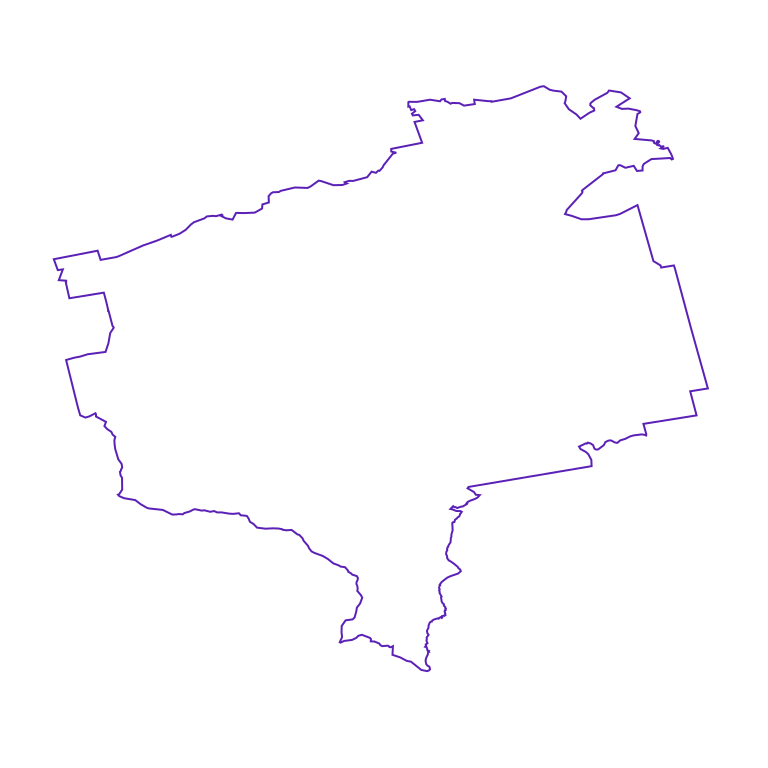 Rendas pag., Kuldigas, Latvia, rotated 177°
{"feature_id": "27541924B10762740243269", "entity_name": "Rendas pag.", "entity_type": "district", "adm_level": 2, "iso_a3": "LVA", "parent_name": "Latvia", "parent_adm1": "Kuldigas", "projection": "robinson", "projection_center": [22.21, 57.075], "detail": "fine", "context": "isolated", "style": "outline", "palette": "violet", "viewbox_px": 768, "rotation_deg": 177, "n_neighbors": 0, "source": "geoboundaries", "source_scale": "gbopen_adm2", "svg_char_len": 6134}
<svg xmlns="http://www.w3.org/2000/svg" viewBox="0 0 768 768"><g transform="rotate(177 384 384)"><path d="M690.8,376.2L689.0,368.6L683.9,366.1L679.9,367.1L673.7,369.9L673.2,368.9L673.3,366.6L663.6,360.7L665.4,356.6L662.8,353.5L658.8,350.5L657.6,347.6L655.1,345.3L656.2,342.1L656.2,337.8L655.8,333.1L653.3,322.7L650.2,317.9L649.8,314.3L651.1,312.3L651.4,311.0L652.3,310.1L651.8,306.3L650.5,304.1L651.0,292.2L654.3,287.7L655.4,287.4L654.4,286.0L649.7,283.6L638.5,281.1L633.3,276.7L627.5,272.9L625.6,272.1L611.4,269.8L602.3,264.7L598.0,264.6L596.1,264.9L591.8,264.4L590.1,265.6L584.8,266.8L581.1,268.5L579.4,268.9L572.6,267.1L570.1,267.3L564.3,265.5L560.2,266.0L557.4,264.5L553.0,264.3L545.7,262.7L541.5,262.2L535.6,262.5L533.9,260.4L528.6,259.6L527.7,259.2L526.2,256.6L525.1,253.4L521.7,251.1L518.3,247.2L509.9,245.7L502.6,245.7L496.9,245.2L493.3,244.3L493.0,243.8L489.1,243.0L483.9,243.1L478.3,238.3L476.5,237.8L474.3,235.2L473.5,234.3L472.5,231.7L468.4,226.4L467.4,223.8L465.1,220.6L462.4,219.0L454.2,215.5L449.2,212.2L444.0,207.5L438.4,205.1L437.1,204.0L432.5,203.1L429.6,199.4L429.6,198.4L426.9,196.7L425.7,195.3L421.2,193.6L420.2,191.5L420.6,189.7L421.8,187.5L422.0,185.9L421.2,183.5L421.0,181.0L421.5,178.8L418.2,174.5L416.9,171.8L419.4,166.0L422.8,162.1L423.6,158.3L425.6,152.4L427.6,150.6L434.7,150.0L438.9,144.6L439.4,138.3L439.1,133.5L441.7,128.4L440.8,128.0L437.3,129.5L429.3,130.1L425.0,131.9L422.8,133.9L419.2,134.7L411.3,131.2L410.4,130.0L410.7,127.7L406.9,127.3L402.2,125.0L401.5,123.6L399.6,122.3L393.9,122.5L392.8,121.9L392.4,121.0L391.0,120.8L388.8,121.7L389.7,113.1L382.3,110.2L375.7,106.3L371.6,105.3L361.7,96.5L355.9,95.0L354.1,95.6L353.0,96.6L353.3,98.6L353.6,99.4L355.6,100.7L356.5,102.1L357.0,105.6L356.2,108.3L354.4,111.6L354.0,113.8L353.3,114.0L353.6,114.3L353.1,115.1L354.5,115.6L355.2,119.0L356.6,119.4L355.7,120.4L356.0,121.3L355.9,121.8L354.2,122.7L354.2,123.3L354.7,124.2L355.0,125.8L354.6,126.9L354.7,128.6L352.6,131.2L353.7,132.8L354.0,134.7L353.8,135.8L352.4,138.1L352.1,140.6L350.8,143.3L349.7,144.2L348.6,144.3L348.1,145.3L346.7,146.1L343.0,147.1L341.7,146.8L341.5,147.3L339.7,148.2L338.6,147.3L338.1,147.8L338.6,148.8L338.4,149.1L336.6,149.5L335.8,149.3L334.7,150.0L335.0,150.7L334.8,151.6L335.2,152.1L335.0,153.0L335.4,153.9L335.1,154.8L334.1,155.2L334.3,156.0L334.0,156.5L334.6,157.2L334.4,157.9L335.8,159.5L335.7,160.9L337.0,162.1L337.8,163.8L338.2,168.1L337.6,168.7L339.5,172.5L339.2,173.3L339.8,175.0L339.1,175.9L339.7,177.4L339.2,179.3L338.7,179.8L338.9,180.3L338.4,180.5L338.5,181.2L336.6,183.4L331.0,187.3L327.7,188.6L319.8,190.9L317.1,193.0L317.6,194.7L319.3,196.2L319.9,197.5L323.7,201.0L327.5,203.9L328.7,204.5L328.9,205.2L330.0,206.6L330.0,208.7L330.9,210.9L330.5,213.2L329.5,214.7L329.7,215.8L329.1,217.6L328.5,217.9L328.3,219.0L325.8,222.6L325.3,226.7L324.7,227.9L324.6,230.0L323.1,234.3L323.1,241.6L322.4,242.3L321.0,242.4L320.1,244.8L318.2,246.0L317.7,246.8L316.0,247.7L315.4,248.5L314.8,250.3L313.8,251.1L313.6,251.8L313.1,252.3L314.4,253.1L318.5,253.4L322.2,255.2L324.2,255.7L321.3,258.4L320.2,257.3L318.9,257.3L317.5,256.3L313.4,257.5L312.0,257.5L307.6,259.7L307.3,260.0L307.9,260.4L306.7,261.8L304.2,262.9L299.1,264.5L296.4,265.8L294.2,268.0L298.1,268.6L299.8,271.4L306.0,275.5L304.9,276.8L181.0,291.1L180.9,297.3L183.7,303.3L186.0,305.6L191.2,308.8L192.5,311.3L185.4,314.2L184.6,313.8L183.5,314.8L180.6,313.7L178.4,312.0L177.3,308.6L176.6,307.9L175.4,307.4L173.5,307.5L167.6,311.5L166.0,314.4L163.2,315.6L161.3,315.9L159.6,315.5L156.9,313.7L154.4,313.0L153.4,313.4L151.2,315.3L145.9,316.6L141.2,318.7L137.5,319.6L129.1,320.2L126.5,319.6L124.9,318.9L124.7,320.1L127.0,330.6L73.5,336.3L78.6,360.7L60.8,362.6L74.5,423.7L87.4,484.0L88.3,487.2L101.1,485.8L101.6,487.9L108.5,492.6L121.5,549.4L139.3,541.5L143.5,540.4L171.2,537.8L178.3,538.2L188.0,542.2L194.3,544.2L192.9,546.6L192.5,548.1L176.4,564.1L175.7,565.5L176.2,566.6L175.9,567.1L154.4,582.1L154.3,582.8L141.6,585.3L138.6,590.1L136.8,590.2L131.6,587.3L123.2,588.8L120.2,583.5L114.6,583.7L114.4,587.8L113.0,590.2L105.2,594.6L86.4,594.7L85.0,593.2L83.7,593.6L84.0,595.1L85.1,598.3L88.3,605.0L92.9,604.1L95.3,604.8L91.8,606.8L95.0,606.6L96.6,608.2L97.5,607.9L98.9,608.6L98.9,609.1L96.6,611.3L96.6,611.9L97.3,612.4L97.7,612.5L98.7,611.8L99.6,610.0L100.0,609.8L101.5,610.4L101.9,611.2L101.7,612.3L103.9,613.2L120.9,615.6L116.5,621.2L119.5,628.4L116.8,640.3L113.9,641.9L113.9,642.5L114.1,643.0L117.8,644.3L125.4,646.2L132.1,646.3L137.4,648.7L123.7,656.4L132.1,662.8L143.9,665.3L145.7,663.1L158.6,656.9L162.7,653.9L163.3,653.1L163.4,651.5L160.2,648.3L159.9,648.3L159.7,646.1L164.7,644.1L173.9,638.6L177.7,643.1L185.0,648.7L188.9,655.0L188.1,656.8L187.0,661.8L191.5,666.7L199.0,668.0L203.0,669.1L208.6,672.9L209.4,673.0L212.2,672.7L242.4,662.6L261.8,660.2L261.9,660.8L265.1,661.0L279.1,663.2L278.7,658.8L289.5,657.8L294.0,660.5L301.2,661.1L302.8,660.4L305.9,662.5L308.3,663.5L308.4,665.5L311.8,665.1L313.2,663.4L323.1,665.5L336.2,664.0L344.3,664.5L344.9,664.2L345.2,659.7L343.9,659.9L342.5,656.1L339.6,656.9L338.5,654.9L342.0,652.4L341.2,650.7L335.3,651.0L331.4,645.3L339.8,644.1L333.3,622.9L364.5,618.4L364.6,615.8L359.6,614.3L363.1,613.6L373.0,602.4L374.0,600.4L377.3,597.1L378.5,597.4L381.0,595.3L385.3,596.7L390.0,591.4L404.2,588.4L408.0,588.7L412.7,587.6L411.8,586.4L411.0,586.1L415.2,584.9L424.1,585.2L436.1,589.9L438.6,590.5L447.0,585.1L450.1,583.8L462.6,584.9L477.0,582.3L479.0,581.2L484.8,581.3L486.8,580.3L489.4,577.6L489.5,571.3L496.0,569.7L496.6,565.6L504.1,561.9L514.4,562.0L522.8,562.6L526.6,556.1L533.2,557.7L538.5,560.7L536.8,561.3L537.2,561.7L542.9,560.4L546.2,560.9L552.2,560.6L554.7,558.8L565.3,555.5L568.6,553.3L573.9,548.4L580.2,544.8L588.1,542.1L588.7,542.2L589.1,544.1L602.8,539.2L617.5,534.9L642.5,525.4L645.1,524.7L660.5,522.8L663.0,532.1L707.2,525.9L703.8,514.8L698.7,515.3L703.3,504.7L696.0,503.8L696.1,502.3L696.4,502.3L696.3,501.2L693.7,486.1L659.0,489.9L657.2,481.4L655.7,473.1L655.7,471.5L655.3,471.6L655.0,470.5L652.1,456.3L651.1,454.8L651.0,454.3L654.7,449.3L657.1,439.1L660.4,430.6L678.4,429.2L685.9,427.3L692.4,426.4L700.2,424.6L690.8,376.2Z" fill="none" stroke="#5b21b6" stroke-width="2"/></g></svg>